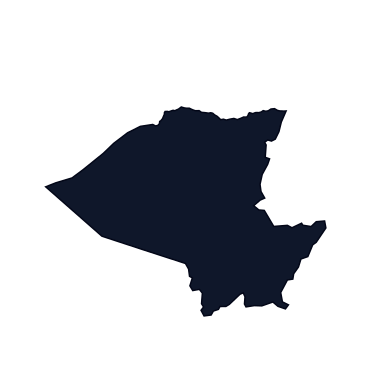 outline of Huerfano, Colorado, United States of America, rotated 202°
{"feature_id": "52423323B93107180382788", "entity_name": "Huerfano", "entity_type": "district", "adm_level": 2, "iso_a3": "USA", "parent_name": "United States of America", "parent_adm1": "Colorado", "projection": "orthographic", "projection_center": [-105.039, 37.654], "detail": "fine", "context": "isolated", "style": "filled", "palette": "ink", "viewbox_px": 384, "rotation_deg": 202, "n_neighbors": 0, "source": "geoboundaries", "source_scale": "gbopen_adm2", "svg_char_len": 1864}
<svg xmlns="http://www.w3.org/2000/svg" viewBox="0 0 384 384"><g transform="rotate(202 192 192)"><path d="M58.2,214.8L65.7,211.0L68.6,204.6L76.8,202.7L78.7,204.1L85.9,196.3L91.1,196.8L103.3,190.7L118.1,202.0L123.3,200.4L129.7,202.4L125.8,210.0L122.3,213.6L128.2,218.3L131.8,224.6L133.5,234.6L132.2,246.0L132.5,251.8L137.1,251.6L140.9,263.4L143.3,265.3L141.3,268.6L137.4,269.0L134.6,272.2L134.0,280.5L135.4,290.3L135.1,302.4L137.6,301.2L138.2,301.1L140.8,300.1L143.3,299.7L146.7,300.2L149.9,298.5L151.7,295.9L153.8,294.5L156.5,294.1L157.7,292.2L159.8,290.6L160.8,290.3L162.9,289.4L165.0,287.4L167.4,287.2L168.5,287.0L168.9,285.4L168.7,284.1L169.3,282.0L172.3,280.8L174.0,279.0L177.1,276.1L180.7,275.9L184.2,273.7L187.2,271.5L190.1,271.3L192.5,269.8L194.6,270.7L197.0,271.6L200.0,272.0L202.3,272.8L204.3,272.5L206.2,271.3L209.5,270.5L213.1,269.4L215.9,270.1L219.1,268.7L220.8,268.5L223.2,268.5L225.9,268.7L228.6,267.6L230.6,267.1L233.8,266.8L235.6,263.8L237.3,262.1L237.8,261.5L239.0,260.7L240.1,260.7L241.2,259.8L243.0,258.2L243.6,257.7L244.8,257.6L247.1,256.6L247.3,255.2L246.7,253.7L246.8,252.2L246.8,249.0L247.6,246.4L248.4,245.3L248.0,243.9L247.9,242.7L248.7,240.9L250.5,239.6L253.7,239.9L264.5,233.5L273.9,222.8L282.8,207.8L288.7,194.6L294.7,183.8L301.5,171.6L308.5,160.1L321.6,149.6L329.6,142.0L259.0,117.3L254.3,117.6L215.4,120.2L171.3,123.3L166.3,119.3L162.7,112.9L159.5,112.5L158.8,104.2L154.4,100.9L148.7,104.5L144.5,102.1L141.3,92.0L138.2,89.7L139.3,85.7L134.4,81.6L128.2,85.1L127.6,89.6L123.5,93.1L123.2,96.3L117.7,98.6L115.3,101.8L109.2,115.2L106.7,117.7L103.6,114.7L101.4,107.8L98.9,105.7L91.7,110.0L84.6,112.6L75.8,120.3L69.5,118.2L61.6,118.6L60.3,123.5L67.0,124.0L72.1,132.0L70.6,146.2L65.9,149.0L67.1,154.3L65.2,162.3L65.9,170.7L60.4,175.5L60.3,188.2L58.0,191.9L54.4,208.8L58.2,214.8Z" fill="#0f172a" stroke="#020617" stroke-width="1.5"/></g></svg>